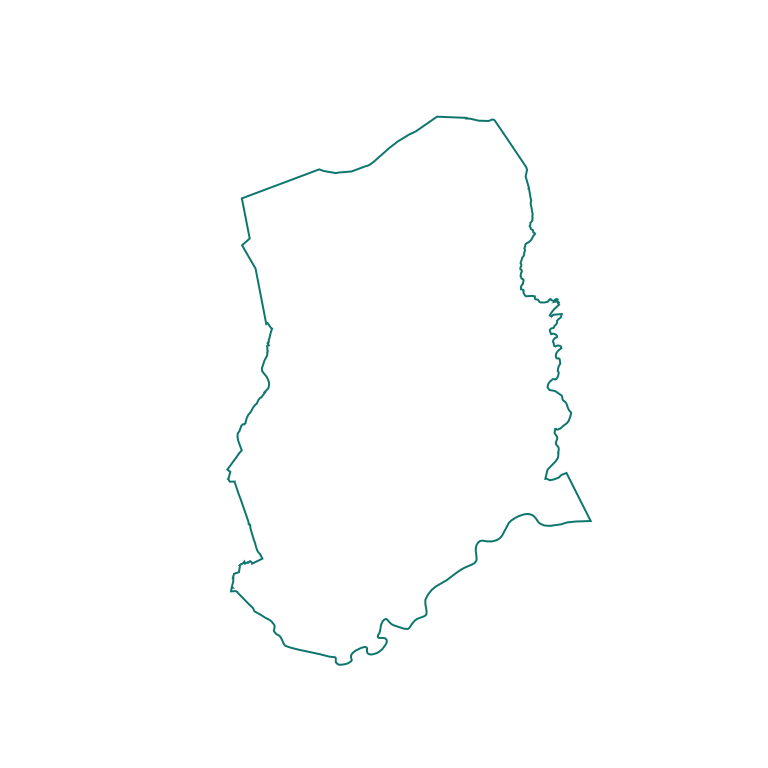 Westerkwartier, Groningen, Netherlands, rotated 143°
{"feature_id": "6326949B76926686027911", "entity_name": "Westerkwartier", "entity_type": "district", "adm_level": 2, "iso_a3": "NLD", "parent_name": "Netherlands", "parent_adm1": "Groningen", "projection": "equal_earth", "projection_center": [6.305, 53.214], "detail": "fine", "context": "isolated", "style": "outline", "palette": "teal", "viewbox_px": 768, "rotation_deg": 143, "n_neighbors": 0, "source": "geoboundaries", "source_scale": "gbopen_adm2", "svg_char_len": 6154}
<svg xmlns="http://www.w3.org/2000/svg" viewBox="0 0 768 768"><g transform="rotate(143 384 384)"><path d="M626.3,304.2L624.4,289.3L623.6,284.3L623.5,283.6L624.2,281.0L624.2,280.2L621.5,274.2L619.6,269.1L617.3,264.2L616.8,262.2L616.6,258.7L616.8,257.2L617.2,256.2L617.9,255.4L620.5,253.2L620.7,252.4L620.5,249.0L619.2,246.3L618.9,245.1L619.3,241.5L620.0,238.9L620.4,236.6L620.4,234.3L616.9,229.2L611.9,223.0L598.0,207.0L591.7,199.1L587.6,195.3L587.4,194.8L587.5,194.1L589.9,190.8L589.8,189.0L589.2,187.5L588.4,186.4L584.5,184.0L580.9,182.6L577.2,182.3L575.9,182.9L574.7,185.9L573.6,187.0L572.6,187.6L570.3,188.1L567.4,188.2L561.6,187.1L557.8,185.8L556.8,184.7L556.5,183.9L556.6,183.2L558.6,180.6L559.1,179.2L558.9,178.0L558.3,176.9L556.7,175.4L554.0,174.2L551.3,173.3L548.7,173.1L544.9,173.3L540.0,174.7L537.8,175.7L536.4,177.0L535.9,178.2L535.9,179.3L536.4,180.6L537.4,181.6L540.9,184.3L541.2,185.1L541.0,186.0L539.9,186.9L537.2,188.1L536.0,189.0L531.8,192.9L530.5,193.9L527.8,195.3L525.5,195.6L523.9,195.2L523.3,194.3L522.8,189.0L522.2,186.8L521.0,184.7L515.4,176.7L512.9,174.4L511.8,173.9L510.3,174.0L506.0,175.6L501.9,176.5L498.6,176.4L492.0,174.4L490.1,174.2L488.6,174.7L487.7,175.7L486.4,177.5L483.5,183.2L481.3,186.2L480.6,186.9L475.7,189.3L469.7,190.9L464.3,191.1L452.0,189.6L438.9,189.6L434.4,189.4L430.2,188.8L422.5,186.9L419.7,186.5L416.8,187.2L415.5,188.3L413.9,190.7L411.3,195.3L409.1,198.1L406.6,199.9L404.3,200.7L401.8,200.8L400.5,200.2L399.4,199.4L396.2,196.1L392.8,193.5L388.7,191.7L386.1,191.2L384.2,191.2L381.0,191.8L367.9,197.9L364.6,198.4L360.0,198.1L356.2,197.5L351.1,195.8L348.0,194.2L346.5,192.8L344.7,190.6L344.2,189.3L343.8,187.4L343.6,184.7L343.9,180.4L343.0,177.7L341.1,174.6L338.5,172.2L336.8,170.8L327.3,165.5L321.2,163.3L313.8,158.9L301.4,150.2L291.8,203.1L297.0,204.6L300.9,204.1L306.4,205.8L309.5,207.4L311.0,210.4L312.2,211.2L305.3,216.9L303.6,217.4L293.3,219.0L290.0,220.2L288.8,221.0L286.3,223.8L286.0,224.4L286.1,224.5L285.2,225.1L283.1,227.6L282.8,228.5L282.9,232.6L281.6,234.1L278.9,235.8L277.9,236.9L277.5,237.9L277.4,241.7L276.8,242.8L274.8,244.5L274.5,245.0L273.7,244.7L273.3,243.5L272.7,243.0L271.5,242.9L270.0,242.3L265.2,242.7L261.6,242.6L258.6,243.4L257.7,244.0L254.0,246.5L251.8,248.4L252.0,251.8L251.4,254.7L250.3,257.7L250.0,259.2L250.1,260.9L250.8,263.0L250.7,264.0L250.4,264.8L249.4,266.4L249.1,268.0L251.4,274.9L252.6,276.6L255.4,279.5L255.5,282.0L255.2,283.2L252.8,285.2L250.0,286.1L246.3,286.3L245.3,285.6L244.6,284.6L243.5,284.3L242.1,284.6L240.0,285.7L237.6,287.9L237.4,288.8L237.5,289.6L236.9,290.5L233.9,293.0L231.4,294.0L230.7,294.5L228.8,298.1L229.0,299.3L230.4,300.2L230.7,300.8L230.4,302.2L229.0,304.0L227.9,304.8L225.9,305.5L223.7,305.9L220.8,305.8L220.5,306.7L220.3,307.0L220.2,307.8L221.1,309.2L221.8,310.0L222.9,310.6L224.6,310.8L225.1,311.9L224.8,313.0L223.9,314.3L223.7,316.0L223.1,316.6L221.6,317.5L220.0,317.8L217.7,317.3L217.3,317.7L216.9,318.4L216.9,319.7L217.8,321.6L219.1,322.7L220.0,322.8L220.5,323.2L220.5,323.7L220.0,324.8L219.8,326.2L219.2,327.1L218.1,327.7L217.0,327.7L215.1,326.9L214.3,326.8L212.9,327.8L211.0,327.9L209.6,328.4L208.7,329.1L207.7,330.4L205.0,330.8L203.4,330.7L202.5,331.0L201.3,331.7L200.0,332.9L207.1,337.4L209.7,337.0L210.3,339.0L206.7,340.4L203.3,341.3L196.4,342.0L196.4,343.8L195.3,343.8L195.4,345.3L196.8,346.2L198.2,346.9L194.5,347.2L194.6,347.4L195.0,348.0L195.7,348.3L198.0,348.2L198.6,348.5L199.8,350.1L200.0,350.6L199.8,351.5L200.2,351.8L201.8,351.7L203.8,351.1L206.9,352.6L209.9,354.9L210.4,355.9L210.3,358.6L212.1,360.7L211.8,361.9L210.8,363.2L212.5,365.1L217.9,368.7L218.1,369.9L217.7,372.9L217.2,373.8L216.3,374.4L216.1,374.8L216.3,375.5L217.6,377.3L216.9,378.3L215.9,379.3L214.7,380.0L212.7,380.4L211.8,381.5L210.8,382.1L209.9,383.2L209.8,383.8L210.7,385.5L210.2,386.8L210.0,388.0L207.8,390.1L206.3,390.7L205.6,392.0L206.0,393.8L204.5,395.2L203.0,395.9L202.3,397.1L202.2,398.3L201.5,399.0L200.0,399.8L197.6,401.7L195.1,402.4L194.3,402.9L193.1,404.4L190.9,405.9L190.5,406.8L190.2,407.9L188.4,409.0L187.4,410.2L185.7,410.6L182.7,410.1L179.6,410.5L178.4,411.2L177.3,411.5L176.4,412.2L173.0,413.0L172.9,413.6L173.5,415.5L172.5,417.1L172.8,418.1L173.4,419.0L173.3,420.0L172.7,420.8L172.7,422.4L171.5,422.9L170.2,424.6L168.7,424.8L166.7,425.6L166.3,426.5L165.2,427.3L164.6,428.9L163.0,430.1L161.9,432.8L160.5,435.2L158.4,439.7L157.2,441.0L156.1,441.7L155.2,443.9L150.7,452.6L151.0,453.0L150.2,453.5L146.1,464.2L145.7,464.8L140.8,469.0L139.9,471.8L137.5,516.5L137.0,528.0L137.2,528.7L137.7,529.5L138.9,530.3L140.9,530.7L142.3,531.2L149.8,537.2L155.5,544.0L158.6,546.6L158.1,547.0L180.8,565.6L206.7,566.6L213.8,568.1L226.7,569.4L237.5,569.3L259.2,567.6L263.2,567.7L265.5,568.1L268.0,569.1L282.1,573.3L292.8,580.1L295.5,581.4L303.9,590.3L306.6,594.4L385.8,617.8L403.7,581.0L413.9,580.2L417.0,554.5L417.3,553.1L441.9,502.8L440.3,502.8L440.5,496.9L440.1,495.6L444.3,492.6L448.4,489.2L449.5,488.6L450.5,487.1L450.8,487.3L451.5,486.9L451.9,486.2L452.5,486.4L452.7,484.2L454.4,484.7L456.7,481.2L457.1,480.6L457.0,480.3L458.3,479.4L458.2,479.2L460.3,477.0L465.3,474.7L471.7,470.3L473.6,467.6L473.4,460.0L473.9,457.6L474.7,455.0L475.7,453.2L477.7,451.1L479.4,450.1L484.3,449.4L484.0,448.9L490.1,447.1L491.3,447.5L494.2,446.7L497.6,444.8L498.9,445.0L502.7,444.0L506.9,442.0L511.1,441.0L514.8,439.0L515.1,438.6L518.0,436.5L518.0,436.2L520.0,435.9L520.4,436.5L521.4,436.8L523.3,436.4L527.9,433.3L530.4,432.6L531.9,431.1L533.2,429.3L534.5,426.5L535.4,423.9L537.5,416.6L541.9,415.8L541.9,415.6L560.6,409.9L559.6,406.4L564.6,402.4L565.7,402.1L565.5,401.6L565.9,399.7L565.8,398.7L562.1,396.0L562.4,395.8L562.7,394.3L566.1,384.2L567.9,378.0L575.2,355.4L576.5,353.3L575.8,352.7L575.7,351.9L577.0,350.1L577.7,348.6L581.9,337.5L582.6,334.6L583.7,332.4L585.1,328.4L585.5,326.6L585.6,325.2L585.4,323.0L586.2,317.7L597.4,319.9L596.9,320.7L597.6,323.2L600.1,323.0L600.1,323.6L603.1,324.2L602.4,326.2L604.9,325.7L605.6,325.8L606.4,326.2L608.3,326.1L608.1,325.8L613.1,321.0L618.0,322.7L621.4,320.1L621.0,319.8L623.3,317.0L627.5,313.6L627.4,312.4L628.2,313.0L631.0,310.5L627.6,308.2L626.7,307.3L626.3,306.0L626.3,304.2Z" fill="none" stroke="#0f766e" stroke-width="2"/></g></svg>